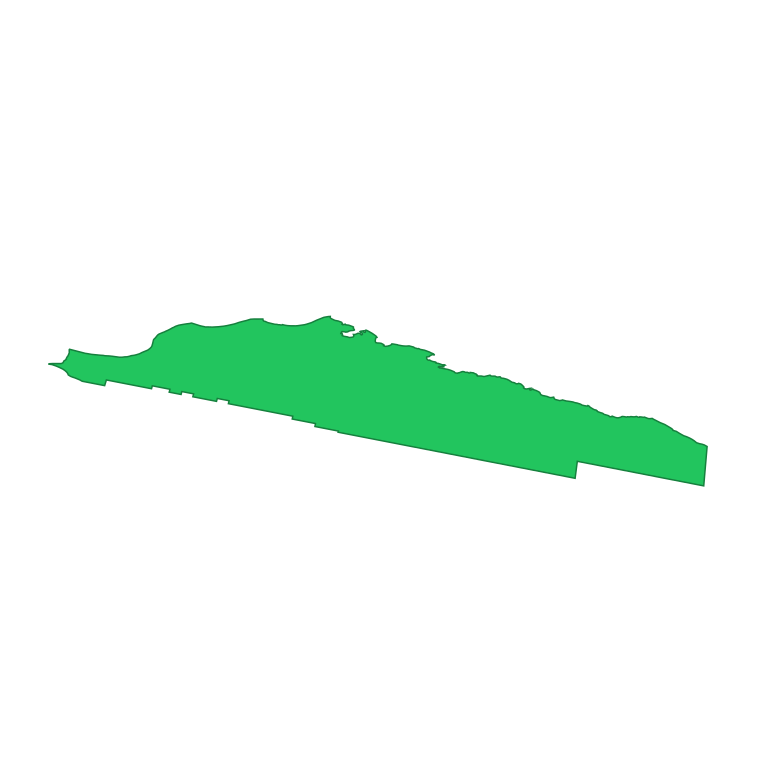 North Slope, Alaska, United States of America, rotated 11°
{"feature_id": "52423323B80059195101619", "entity_name": "North Slope", "entity_type": "district", "adm_level": 2, "iso_a3": "USA", "parent_name": "United States of America", "parent_adm1": "Alaska", "projection": "robinson", "projection_center": [-153.874, 69.676], "detail": "fine", "context": "isolated", "style": "filled", "palette": "green", "viewbox_px": 768, "rotation_deg": 11, "n_neighbors": 0, "source": "geoboundaries", "source_scale": "gbopen_adm2", "svg_char_len": 6084}
<svg xmlns="http://www.w3.org/2000/svg" viewBox="0 0 768 768"><g transform="rotate(11 384 384)"><path d="M717.3,423.0L713.1,383.7L710.0,382.7L707.6,382.4L705.3,382.4L702.0,382.0L699.4,380.6L697.3,379.7L694.5,378.8L691.1,378.0L688.1,377.6L684.1,376.3L679.9,374.7L676.5,374.4L676.3,373.8L675.1,373.0L673.9,372.5L667.4,370.2L662.4,369.2L656.9,367.6L655.0,367.1L654.2,366.6L653.5,366.7L651.6,367.3L649.9,367.5L646.0,366.8L645.0,367.2L642.6,367.3L641.2,367.5L641.1,367.9L639.8,368.1L638.2,367.7L637.6,367.8L636.7,368.3L634.9,368.7L633.2,368.8L632.2,369.0L631.2,369.5L629.2,369.7L628.7,370.0L628.4,370.2L625.8,370.2L624.1,370.4L623.3,370.8L622.8,371.4L620.2,372.6L618.8,372.7L617.1,372.6L615.7,372.3L614.1,372.0L614.0,372.5L613.9,372.5L613.0,372.8L611.7,373.0L610.7,372.3L610.2,372.2L606.0,371.8L605.4,371.7L604.9,371.3L604.1,371.0L602.0,370.8L600.0,370.5L599.3,370.4L598.4,370.0L598.4,369.7L597.4,369.2L597.0,369.1L595.5,369.1L594.4,368.8L590.8,367.5L590.2,367.1L590.0,366.8L588.6,366.3L588.2,366.2L587.9,366.8L586.8,367.0L584.6,367.0L582.3,366.9L581.8,366.6L580.3,366.2L576.8,365.8L576.2,365.9L574.2,365.8L573.3,365.6L571.8,365.6L568.8,365.7L566.1,365.9L562.2,365.6L561.6,366.0L559.6,366.8L555.3,366.5L554.8,366.4L553.8,365.8L553.5,365.3L553.4,364.9L553.1,364.5L550.5,365.5L549.6,365.6L548.4,365.5L546.5,365.1L542.9,365.0L542.1,365.1L539.9,364.5L538.5,362.6L537.3,362.1L534.8,361.4L531.8,361.0L531.5,360.9L531.5,360.7L531.0,360.5L530.3,360.7L530.3,361.2L529.6,361.7L528.7,362.1L528.1,361.8L528.0,361.1L528.6,360.3L527.2,360.7L527.0,360.9L524.9,361.7L523.4,361.8L522.4,361.6L522.0,361.4L521.7,361.2L522.0,360.6L521.7,360.0L519.0,358.2L518.2,357.9L516.8,357.7L516.0,357.7L516.0,357.8L515.3,358.2L513.7,358.6L512.0,357.9L510.2,357.8L509.4,357.9L506.3,356.6L503.8,355.9L500.4,355.6L498.2,355.8L497.7,355.7L497.4,355.3L496.6,354.8L495.4,355.1L494.7,355.4L494.0,355.5L493.6,355.6L491.9,355.3L491.6,355.1L490.2,355.3L489.6,355.5L487.9,355.7L487.6,355.7L486.4,355.1L481.3,357.4L480.5,357.6L477.8,357.6L474.1,358.4L473.4,357.7L473.7,357.4L472.7,356.7L470.6,356.4L470.0,356.0L466.4,356.2L466.4,356.6L465.5,357.1L464.4,356.7L463.3,356.6L462.4,356.9L461.6,357.0L460.4,356.7L459.2,356.7L458.2,357.0L457.4,357.6L456.8,357.8L455.8,358.6L454.6,358.9L454.3,359.4L451.8,359.5L450.5,358.6L446.7,357.8L444.0,357.5L438.1,357.5L436.7,357.5L435.9,357.7L435.3,357.6L434.1,357.0L434.3,356.6L434.8,356.3L437.1,355.9L438.4,355.9L439.5,355.6L439.4,355.3L438.7,354.9L439.7,354.1L440.4,353.8L440.2,353.7L439.8,353.6L439.1,353.7L438.3,353.9L437.3,354.0L435.7,353.7L433.3,353.4L432.0,353.5L431.0,353.4L431.1,353.0L430.7,352.7L430.1,352.6L427.6,352.6L426.0,352.4L424.3,351.8L424.0,351.8L423.7,352.1L423.4,352.2L422.1,351.9L421.7,351.7L421.0,350.7L420.7,349.5L420.7,349.3L423.1,348.5L423.3,348.0L425.4,346.2L425.9,346.0L427.7,345.9L427.8,345.8L427.8,345.7L426.9,345.0L423.6,344.3L422.9,344.0L417.4,343.1L412.9,343.1L411.3,342.6L409.8,343.0L409.1,342.8L407.4,342.7L406.6,342.5L406.2,342.1L401.4,341.8L398.4,342.6L395.2,343.0L390.7,343.1L389.6,342.9L385.1,343.0L384.0,343.2L384.0,343.5L383.6,344.0L383.0,344.7L382.5,345.0L380.6,346.0L379.1,346.5L378.1,346.8L377.8,346.8L376.3,346.5L376.7,345.9L376.6,345.7L375.8,345.3L373.5,344.6L371.6,344.7L369.8,345.0L368.0,344.9L367.2,343.6L367.1,342.2L367.1,340.5L367.5,340.0L368.2,339.6L367.8,339.1L366.9,338.4L362.9,336.6L358.8,335.2L356.6,334.6L355.9,334.6L355.2,335.2L355.8,335.8L355.8,336.3L355.8,336.6L355.5,337.0L354.6,337.0L354.4,336.9L353.8,336.2L353.7,336.0L353.7,335.7L350.9,336.7L350.5,337.0L352.9,338.4L353.2,338.8L353.3,339.2L353.3,339.4L353.1,339.7L352.5,340.1L352.3,340.1L352.0,340.0L350.9,339.1L350.8,338.8L348.7,339.2L348.2,339.5L347.7,340.0L347.2,340.3L345.9,341.0L344.5,341.2L345.0,342.0L345.1,342.4L345.1,343.0L345.1,343.3L344.6,343.8L343.7,344.2L341.1,345.0L338.9,344.7L335.5,344.8L333.8,344.5L334.1,344.0L333.4,342.7L331.9,342.7L331.9,342.4L332.8,341.9L332.4,341.0L332.8,340.5L335.3,340.3L336.5,340.4L338.3,339.8L339.5,338.9L339.7,338.6L341.4,337.9L343.6,337.3L344.6,336.7L344.5,336.2L343.3,335.2L343.2,334.7L343.2,334.0L342.7,333.7L338.4,333.0L337.3,333.0L336.7,333.1L335.3,333.2L334.4,332.6L333.5,333.3L332.0,333.7L331.3,333.3L331.5,333.0L331.7,332.7L330.6,331.5L327.1,330.9L324.5,330.9L323.6,330.9L322.4,330.6L319.4,329.8L319.3,329.7L318.5,329.1L318.4,327.9L316.5,328.4L312.3,330.0L308.4,332.5L305.6,334.3L301.1,337.6L296.7,340.0L294.6,341.0L289.4,342.8L287.9,343.3L286.1,343.8L281.2,344.7L278.1,345.1L275.7,345.2L272.8,345.1L272.6,345.5L271.7,345.8L270.4,345.7L268.9,346.0L267.6,345.9L265.5,346.2L262.8,346.1L258.2,345.9L255.3,345.2L254.0,345.2L253.2,344.6L252.7,343.3L243.7,345.1L240.6,345.9L236.7,348.0L233.8,349.3L230.1,351.1L225.9,353.5L219.1,356.5L215.7,357.8L210.5,359.4L204.6,360.9L199.6,361.7L198.0,362.1L196.7,362.0L194.3,362.0L192.1,361.9L183.5,360.9L182.2,361.4L181.9,361.6L179.1,362.5L174.7,364.1L171.4,365.4L168.6,367.0L167.8,367.6L166.5,368.7L165.6,369.2L164.3,370.4L161.5,372.6L159.4,374.0L158.4,374.9L157.7,375.2L153.5,378.0L152.5,379.1L151.7,380.5L150.6,382.7L150.3,382.9L149.6,384.0L149.3,384.8L149.2,388.0L149.0,390.1L149.1,390.3L148.7,391.7L148.3,392.6L147.3,394.0L146.1,395.3L145.5,395.9L140.5,399.2L138.2,401.0L135.0,402.7L133.2,403.5L130.5,404.4L128.7,405.4L126.6,406.3L124.1,406.9L122.4,407.5L121.6,407.7L119.2,408.2L112.2,408.6L108.8,408.9L104.8,409.5L102.9,409.5L100.7,409.8L91.4,410.7L86.4,410.8L85.1,410.9L68.7,409.9L68.5,410.2L68.5,410.6L68.9,412.5L69.1,413.4L68.4,416.8L68.0,417.3L67.4,419.1L67.2,420.0L67.4,420.2L67.3,420.3L67.1,420.7L66.8,421.1L65.3,422.6L65.0,424.0L64.9,424.3L64.2,424.9L63.8,425.2L62.9,425.6L54.2,427.3L51.8,427.9L50.7,428.5L54.5,428.3L58.6,428.9L61.9,429.6L66.0,430.7L68.5,431.8L70.7,433.2L71.9,434.6L72.3,435.3L74.8,436.3L77.1,436.7L79.5,437.0L84.5,438.0L87.2,438.9L110.1,438.9L110.7,433.0L156.7,433.0L156.9,430.0L174.9,430.0L174.7,433.0L186.8,433.0L187.0,430.0L199.0,430.0L198.8,433.0L222.9,433.0L223.1,430.0L235.1,430.0L235.0,433.0L300.6,433.0L300.6,435.9L324.3,435.9L324.3,438.9L348.1,438.9L348.1,440.1L589.6,440.1L588.5,423.0L717.3,423.0Z" fill="#22c55e" stroke="#15803d" stroke-width="1.5"/></g></svg>